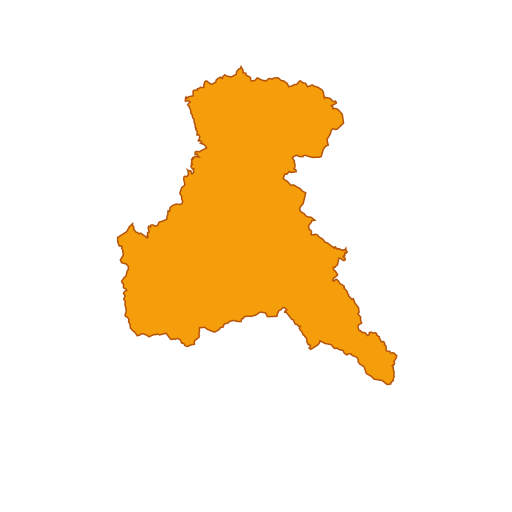 Dak Glei, Kon Tum, Vietnam (Natural Earth projection), rotated 151°
{"feature_id": "81297802B20367953633835", "entity_name": "Dak Glei", "entity_type": "district", "adm_level": 2, "iso_a3": "VNM", "parent_name": "Vietnam", "parent_adm1": "Kon Tum", "projection": "natural_earth1", "projection_center": [107.734, 15.137], "detail": "fine", "context": "isolated", "style": "filled", "palette": "amber", "viewbox_px": 512, "rotation_deg": 151, "n_neighbors": 0, "source": "geoboundaries", "source_scale": "gbopen_adm2", "svg_char_len": 6149}
<svg xmlns="http://www.w3.org/2000/svg" viewBox="0 0 512 512"><g transform="rotate(151 256 256)"><path d="M216.4,99.7L213.3,94.5L212.6,91.3L205.9,85.8L203.7,80.1L200.2,78.7L199.0,80.0L196.3,80.5L196.1,81.4L193.4,83.8L193.1,85.2L191.2,88.1L191.4,89.0L190.1,91.8L190.3,93.7L189.1,93.5L188.6,94.5L187.8,94.1L186.6,95.5L186.4,97.0L183.5,98.4L181.2,100.5L182.2,103.0L182.1,103.8L183.4,105.2L184.6,105.2L185.3,106.2L185.2,107.7L187.4,109.2L188.0,110.4L186.4,113.0L186.0,115.0L186.7,116.2L185.9,117.1L185.8,119.3L187.9,119.9L187.9,124.2L187.3,125.5L188.8,128.1L188.2,129.5L188.7,131.1L191.0,131.8L192.4,133.8L194.3,133.9L195.1,132.3L197.1,132.4L197.7,135.7L199.0,137.1L200.1,137.4L201.0,140.3L202.0,140.7L201.2,144.7L199.7,146.0L196.1,146.1L195.9,148.6L194.1,152.1L195.0,156.0L193.1,156.8L191.4,161.1L192.3,167.1L191.6,171.5L193.1,171.4L194.4,176.3L193.8,177.2L194.1,178.1L193.5,180.9L194.6,185.6L193.9,185.8L193.6,187.2L196.1,191.5L196.0,194.6L197.2,196.9L200.2,196.3L200.9,197.1L199.2,198.9L194.0,199.7L193.6,200.6L194.1,204.9L194.8,206.0L193.9,208.6L192.5,207.8L190.1,208.8L189.3,208.6L184.5,213.8L182.9,212.6L182.5,210.8L181.6,210.2L181.4,209.3L180.2,209.3L179.2,210.4L180.0,213.1L179.4,213.6L178.3,213.0L176.8,215.6L175.7,214.7L174.1,215.6L174.7,216.6L173.8,218.9L174.5,218.4L176.0,218.8L176.6,218.2L177.6,219.6L178.5,219.8L179.7,222.1L181.1,222.2L181.1,223.0L182.0,223.5L182.1,225.5L183.0,225.8L183.7,224.9L187.2,232.8L188.9,234.5L189.4,238.2L191.6,242.1L192.2,244.9L193.8,246.5L195.4,246.5L197.5,248.0L195.7,250.0L195.6,252.0L196.7,253.4L195.1,257.3L192.2,258.2L190.0,259.8L187.2,258.7L188.9,263.0L191.6,265.0L193.0,267.0L193.4,269.9L195.2,272.6L195.3,275.6L193.3,277.5L189.4,278.9L181.9,287.1L184.0,290.3L184.7,293.4L188.9,300.2L191.2,300.8L192.3,305.7L194.7,310.5L191.0,313.8L189.5,312.5L186.1,313.9L185.5,312.6L184.1,311.8L179.9,310.3L179.4,311.8L180.6,313.7L179.3,314.3L177.4,317.4L177.3,319.2L176.4,320.3L176.7,324.1L174.4,324.8L171.1,324.2L170.4,322.5L167.0,320.1L165.7,320.7L164.5,320.5L158.8,314.8L152.6,311.7L150.8,311.4L145.3,316.8L141.7,318.3L139.1,317.9L137.5,323.5L131.8,326.7L129.7,329.1L127.0,330.1L125.3,328.2L123.5,327.6L115.0,329.8L111.8,338.3L113.4,344.7L115.3,346.8L117.3,347.3L116.4,349.4L117.2,350.9L111.9,350.7L111.2,351.7L111.7,353.2L112.8,353.0L113.7,353.8L114.7,357.8L118.1,360.9L119.6,360.8L117.7,366.7L117.6,368.9L120.1,373.7L122.5,375.9L123.9,378.4L128.8,378.9L128.9,383.1L130.6,384.1L132.3,387.7L133.7,387.8L137.2,386.3L139.5,387.4L142.4,387.3L145.3,388.2L145.1,392.0L147.0,395.9L149.0,397.3L150.2,401.1L154.3,403.0L156.2,403.0L158.7,405.0L162.3,404.3L165.3,406.6L168.5,411.2L171.7,410.1L175.0,411.1L175.3,412.4L174.4,414.5L175.0,416.2L176.9,418.7L176.2,420.7L178.5,422.6L177.3,424.5L177.3,428.7L178.3,427.7L180.9,427.8L183.8,426.4L185.4,424.4L190.9,424.6L194.6,427.8L195.5,429.6L197.7,429.0L199.4,427.6L200.2,429.6L203.2,429.6L205.5,429.2L206.8,427.7L211.1,427.5L212.7,429.1L214.2,432.9L214.8,433.3L216.3,433.2L218.8,430.8L219.6,428.9L221.4,429.3L222.8,430.6L224.2,430.1L226.1,430.7L226.7,429.6L230.2,431.1L231.2,430.6L233.3,426.5L237.7,428.0L240.0,427.2L240.0,429.0L241.0,428.4L242.7,425.7L239.3,424.0L238.9,422.5L241.2,422.1L242.6,421.1L241.7,419.2L242.3,418.4L242.3,415.6L243.7,412.6L243.4,410.4L244.3,407.8L244.0,405.2L245.4,402.7L245.5,400.5L246.8,397.8L246.0,396.1L246.8,396.7L247.3,396.0L247.1,392.9L248.2,392.0L248.9,390.3L247.5,390.2L247.2,387.8L249.3,385.4L250.6,385.0L250.3,384.2L249.1,384.0L248.1,382.9L248.4,381.8L249.9,381.5L247.2,378.7L246.8,374.5L255.3,374.7L257.2,376.3L258.9,376.4L259.9,374.4L258.1,373.9L258.5,372.2L257.9,370.3L261.1,372.8L263.3,371.8L263.3,373.3L264.2,371.3L265.4,371.9L266.5,369.3L267.5,368.7L267.2,366.9L268.9,366.8L269.5,365.7L269.4,363.0L268.1,362.4L269.3,361.3L269.6,359.4L272.2,358.8L271.8,362.1L273.7,363.4L274.1,364.4L274.6,362.0L276.3,359.5L278.2,358.9L279.3,360.2L280.7,360.0L282.0,358.3L283.2,354.0L284.2,352.4L288.0,351.8L292.3,347.7L292.1,344.2L293.5,341.7L293.5,339.7L294.6,338.1L296.9,337.6L300.9,340.2L305.2,340.6L307.9,339.8L309.7,337.1L311.0,338.2L313.1,335.0L314.7,333.8L316.0,331.5L319.9,331.6L324.1,332.6L327.6,330.3L329.7,331.1L331.3,333.3L333.2,334.0L334.2,332.5L335.3,334.1L336.7,332.9L337.8,328.8L339.4,329.1L340.5,326.9L341.4,326.5L341.0,325.0L342.3,324.5L345.8,331.9L347.6,332.2L348.2,334.0L349.3,334.8L350.0,338.6L349.0,340.1L349.0,342.8L348.3,344.1L352.8,342.9L357.1,340.0L368.1,339.3L370.2,335.0L370.8,331.5L370.1,330.4L369.1,330.3L368.6,329.2L369.8,327.9L369.6,325.3L370.7,323.9L371.4,321.3L376.6,318.3L376.8,315.3L373.3,311.8L372.7,308.5L374.6,305.8L376.0,305.3L379.6,301.3L381.6,301.2L385.8,299.0L386.1,297.6L385.4,295.9L387.3,292.5L385.8,290.2L385.6,288.7L388.2,288.7L390.0,287.6L389.8,284.5L392.6,282.4L392.3,279.8L394.2,277.1L395.2,272.8L396.8,269.9L399.1,268.0L399.4,266.4L398.1,264.8L397.9,262.0L399.4,260.2L399.2,257.7L400.8,254.0L399.7,249.5L398.9,248.2L398.5,243.8L395.7,243.2L394.8,243.6L392.4,242.7L389.7,239.4L388.9,237.3L383.0,236.7L382.0,235.8L380.3,235.8L378.5,233.7L372.0,232.0L371.1,224.9L370.1,223.8L368.1,223.4L367.2,222.4L364.8,222.1L362.9,219.3L363.2,215.9L361.6,214.5L361.5,211.9L359.8,210.1L356.0,209.8L352.6,208.7L351.8,210.5L350.6,211.7L345.4,212.5L344.1,213.7L344.0,215.3L342.5,216.8L340.2,220.7L335.4,218.4L333.9,215.2L329.2,209.5L324.3,209.5L321.6,210.6L319.3,209.8L316.7,212.0L312.4,210.9L311.3,211.7L306.7,210.5L304.6,208.3L301.1,205.9L298.8,207.9L297.5,207.6L295.8,208.6L292.3,207.4L289.7,205.6L284.5,204.4L279.6,205.0L275.3,201.8L275.4,197.4L267.0,193.1L265.0,195.3L262.4,197.1L260.3,196.9L257.8,197.7L256.3,197.1L255.1,194.1L255.4,193.6L257.6,193.7L258.2,192.9L256.8,192.0L255.4,183.2L254.4,182.2L254.7,177.4L253.2,176.1L252.8,173.7L251.4,173.1L253.3,171.6L252.7,167.1L253.0,164.1L252.2,163.1L252.3,161.4L251.6,159.9L253.2,155.9L253.2,153.0L252.2,152.6L251.8,151.1L253.0,150.0L254.1,149.9L254.1,149.2L253.3,147.8L245.2,148.2L242.5,149.3L241.1,150.9L238.2,146.2L233.2,142.0L232.3,137.2L229.7,136.0L228.7,133.9L225.7,131.2L225.9,128.2L224.6,125.5L222.9,125.7L220.3,124.3L220.2,122.6L217.0,118.7L216.7,116.6L217.9,113.9L217.6,111.3L215.2,106.8L216.4,99.7Z" fill="#f59e0b" stroke="#b45309" stroke-width="1.5"/></g></svg>